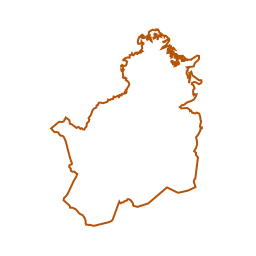 Nacaome, Valle, Honduras (Natural Earth projection), rotated 189°
{"feature_id": "27666195B51489907150139", "entity_name": "Nacaome", "entity_type": "district", "adm_level": 2, "iso_a3": "HND", "parent_name": "Honduras", "parent_adm1": "Valle", "projection": "natural_earth1", "projection_center": [-87.534, 13.506], "detail": "fine", "context": "isolated", "style": "outline", "palette": "amber", "viewbox_px": 256, "rotation_deg": 189, "n_neighbors": 0, "source": "geoboundaries", "source_scale": "gbopen_adm2", "svg_char_len": 5904}
<svg xmlns="http://www.w3.org/2000/svg" viewBox="0 0 256 256"><g transform="rotate(189 128 128)"><path d="M154.2,26.0L149.9,26.3L146.5,26.0L132.4,31.9L129.7,33.6L128.8,35.1L125.1,53.9L124.1,52.6L123.4,52.5L122.4,53.5L120.9,53.8L120.2,55.0L117.7,56.3L117.4,57.6L116.3,57.8L114.3,57.2L112.7,55.9L111.8,54.9L110.5,52.0L106.2,51.6L96.2,56.7L80.2,75.4L68.7,71.9L67.6,72.1L58.7,75.7L52.1,80.2L54.7,85.4L54.3,87.8L53.6,88.5L54.3,109.9L56.6,112.1L57.0,114.2L59.1,115.5L57.7,118.9L57.2,122.7L57.5,124.8L59.3,129.5L57.5,132.7L56.1,137.1L56.3,138.2L55.0,139.2L55.1,140.2L56.6,140.1L57.2,140.8L56.8,146.3L57.7,147.4L58.3,150.0L59.9,153.3L62.4,154.0L63.7,152.9L67.0,153.2L68.3,154.9L69.5,154.3L69.9,155.8L72.7,157.0L78.4,155.7L80.0,156.8L79.3,157.3L78.6,158.8L76.6,159.4L73.7,162.5L69.8,164.6L67.2,166.6L65.9,170.2L65.6,172.0L66.7,171.5L67.6,171.9L68.3,170.7L68.8,171.3L69.6,175.7L68.4,177.6L70.0,180.4L71.9,181.2L71.8,182.4L70.2,183.6L68.6,183.8L64.8,182.4L63.2,183.5L62.5,184.9L63.0,186.6L65.3,186.3L72.7,190.1L74.3,193.5L75.1,192.7L75.3,191.0L75.8,191.2L74.3,187.8L74.7,186.0L74.5,183.1L74.9,182.0L75.1,187.8L76.4,189.6L76.1,187.9L76.5,187.8L76.6,186.1L76.8,188.4L78.8,191.3L78.8,193.4L78.0,194.1L78.3,195.6L77.8,196.4L79.1,197.2L73.5,198.8L72.5,199.6L72.3,202.3L69.3,206.0L68.7,207.5L69.1,210.2L70.9,210.4L75.8,206.1L76.0,205.7L75.5,205.1L76.5,205.5L78.7,204.9L80.5,205.1L79.3,203.8L80.7,204.8L83.2,202.9L85.3,202.6L86.2,205.3L89.2,204.3L90.0,203.6L89.8,202.4L87.7,200.1L87.6,199.4L88.3,198.5L89.8,198.1L90.5,196.7L91.1,196.5L92.0,197.8L91.3,199.7L92.4,198.3L93.5,197.9L93.9,198.7L93.2,199.7L94.1,199.4L94.8,201.1L95.2,201.1L95.3,200.1L94.2,199.3L94.2,198.9L95.6,200.2L95.5,201.2L94.6,201.2L94.0,199.6L92.7,200.2L92.8,199.5L93.6,198.8L93.4,198.3L92.6,198.6L91.9,200.0L91.0,200.0L91.4,197.4L90.3,198.6L87.9,199.5L90.4,202.4L90.6,203.4L90.2,204.3L86.5,205.9L85.9,205.8L84.9,204.6L83.6,204.3L82.8,206.1L85.2,207.9L89.5,207.0L90.7,206.4L90.7,204.9L92.7,204.7L93.1,204.8L93.1,205.5L92.1,206.0L92.7,206.7L91.9,206.6L91.8,205.6L92.9,205.1L91.0,205.0L91.0,206.3L90.2,207.3L91.7,208.6L93.6,208.7L95.3,207.2L95.8,204.6L96.0,204.5L95.6,207.2L96.2,206.3L96.4,207.0L96.9,206.8L97.1,205.8L97.7,204.8L97.2,206.0L97.3,206.9L97.0,207.6L96.5,207.7L96.5,209.8L97.0,210.1L97.4,209.0L98.3,209.1L98.7,207.9L98.8,208.7L98.3,209.4L99.1,210.4L98.6,211.2L99.9,212.2L100.7,211.1L99.3,210.2L99.3,209.5L99.5,208.9L100.8,208.2L100.9,208.7L100.0,208.9L99.5,209.9L100.9,210.8L101.0,212.4L100.2,212.8L96.2,209.9L95.8,207.6L94.8,210.1L95.6,210.4L97.1,212.6L96.6,212.2L95.3,213.1L94.1,212.9L95.8,214.4L96.8,213.5L97.7,213.9L99.4,213.4L98.1,214.3L98.3,215.2L98.8,214.9L99.6,215.8L99.9,214.7L100.3,214.8L100.2,215.8L107.0,211.7L106.2,213.6L104.3,214.8L103.1,216.2L101.0,220.5L101.0,221.8L101.4,222.4L104.7,219.6L105.1,218.8L106.4,218.3L106.7,218.8L106.8,219.7L106.5,218.6L105.8,218.6L104.9,219.8L102.1,221.9L101.8,222.6L104.9,224.9L106.4,225.0L106.5,224.1L107.0,224.8L108.1,225.0L109.2,224.4L111.6,224.1L110.8,223.4L111.8,223.6L112.2,222.7L113.0,222.3L112.3,221.0L112.8,219.5L112.6,221.4L113.8,222.9L115.0,223.3L115.1,221.6L114.3,221.1L115.5,221.6L116.5,221.3L116.6,220.6L115.8,219.9L116.7,220.3L117.0,221.2L115.6,221.8L115.4,223.7L116.6,223.5L115.7,224.2L116.5,224.2L116.6,225.6L116.3,224.3L115.8,224.4L116.0,225.3L115.3,225.2L115.7,224.8L115.2,223.7L112.8,222.8L111.3,224.7L109.5,224.7L108.7,225.4L108.8,225.8L112.1,227.3L112.5,228.4L113.9,230.0L115.2,229.9L114.9,229.3L116.3,228.7L119.2,228.9L122.1,226.5L122.4,225.2L122.1,223.4L123.3,221.7L121.8,222.9L121.1,222.7L120.9,220.9L119.7,220.9L119.6,219.5L118.9,219.0L118.3,217.3L118.9,217.6L119.5,219.3L119.4,217.8L120.0,219.4L119.9,220.8L121.2,220.6L121.2,218.8L121.4,219.2L121.9,218.8L121.3,222.6L123.1,221.3L122.5,220.7L122.2,220.0L123.1,218.7L124.0,218.5L122.7,219.6L122.5,220.4L124.1,221.3L126.4,219.2L128.9,219.1L127.6,219.6L126.8,220.9L127.1,221.6L128.3,222.2L128.9,220.5L129.5,221.2L130.1,219.8L131.0,219.9L131.9,216.4L131.7,214.1L131.0,212.8L129.7,213.0L128.4,213.9L128.0,214.3L128.1,215.4L127.6,214.8L127.7,214.2L126.0,214.2L126.0,213.3L127.4,211.8L126.4,209.2L127.2,206.4L127.0,206.0L126.5,206.5L125.9,206.2L126.6,205.9L126.7,204.8L127.6,204.4L126.9,205.6L127.7,206.4L129.1,204.2L131.1,203.3L130.4,202.9L130.5,202.6L131.4,202.8L131.4,203.8L132.5,203.5L133.9,200.7L134.8,200.9L135.7,202.2L135.9,200.9L137.7,200.3L137.4,197.7L139.4,197.6L141.6,196.6L143.3,194.7L143.2,194.2L141.0,194.4L139.3,193.5L139.5,190.3L140.0,189.2L142.0,188.6L143.8,189.4L144.6,188.1L144.5,187.7L143.4,188.1L142.7,187.8L142.2,185.7L141.7,185.4L142.2,185.0L141.5,184.5L141.7,184.0L142.1,184.6L143.8,184.8L143.2,183.3L142.2,183.1L141.0,179.1L140.9,177.3L140.2,176.7L139.1,177.3L138.4,176.6L138.1,177.0L137.3,176.5L137.6,175.0L135.0,173.7L133.6,171.8L133.8,169.6L134.8,167.9L135.2,165.9L136.1,165.5L135.1,163.7L135.4,162.2L135.9,161.9L136.8,162.8L137.2,161.4L139.2,160.8L139.4,159.3L140.8,159.6L141.7,159.1L141.8,158.6L141.1,158.5L141.8,157.0L143.3,158.1L145.6,156.3L147.1,156.8L147.4,154.3L149.2,153.9L150.2,152.8L152.1,152.9L152.1,151.4L152.8,150.5L156.5,148.6L159.5,148.8L160.8,148.3L161.3,146.0L162.5,145.4L162.5,143.3L164.8,141.6L165.8,139.8L166.7,135.0L168.5,131.5L167.5,130.3L167.8,128.2L169.4,126.2L169.2,123.0L170.4,121.3L170.9,119.6L172.2,119.6L173.7,120.5L174.8,119.7L176.8,121.2L177.7,121.0L178.7,120.0L184.1,122.8L186.1,123.1L187.1,126.5L191.1,128.6L191.4,127.3L192.0,126.6L192.0,125.5L192.4,124.7L193.8,123.7L197.1,123.3L203.9,115.5L200.4,112.7L199.5,112.4L198.2,112.8L196.2,112.6L194.0,110.1L191.3,109.9L190.1,109.2L187.4,105.1L180.6,89.3L178.0,84.7L177.9,83.4L180.0,82.1L180.0,80.3L178.2,78.9L177.8,76.8L176.0,76.1L174.9,76.4L173.4,76.1L171.8,74.9L171.0,74.8L171.4,72.1L173.4,67.0L177.2,53.7L178.8,50.6L180.2,48.9L180.4,46.6L174.2,42.6L173.0,41.5L172.8,40.3L170.3,40.6L166.8,39.5L162.5,35.8L159.2,34.8L156.9,32.5L155.3,29.6L154.9,27.1L154.2,26.0Z" fill="none" stroke="#b45309" stroke-width="2"/></g></svg>